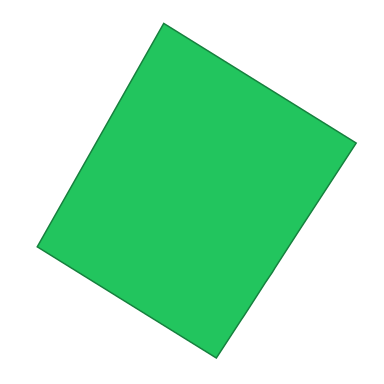 outline of Cochran, Texas, United States of America, rotated 212°
{"feature_id": "52423323B36453728926515", "entity_name": "Cochran", "entity_type": "district", "adm_level": 2, "iso_a3": "USA", "parent_name": "United States of America", "parent_adm1": "Texas", "projection": "albers", "projection_center": [-102.996, 33.607], "detail": "fine", "context": "isolated", "style": "filled", "palette": "green", "viewbox_px": 384, "rotation_deg": 212, "n_neighbors": 0, "source": "geoboundaries", "source_scale": "gbopen_adm2", "svg_char_len": 347}
<svg xmlns="http://www.w3.org/2000/svg" viewBox="0 0 384 384"><g transform="rotate(212 192 192)"><path d="M80.8,213.4L78.7,320.4L78.7,320.5L305.3,320.0L294.2,63.5L83.4,64.1L82.5,110.2L82.3,115.2L82.0,136.2L81.8,153.6L81.5,162.0L81.3,166.5L81.4,171.5L81.3,178.8L80.8,213.4L80.8,213.4Z" fill="#22c55e" stroke="#15803d" stroke-width="1.5"/></g></svg>